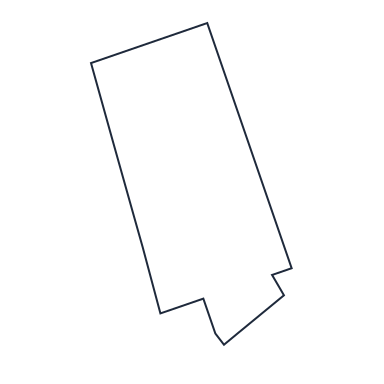 the district of Roxby Downs, South Australia, Australia, rotated 161°
{"feature_id": "25037944B85106510810268", "entity_name": "Roxby Downs", "entity_type": "district", "adm_level": 2, "iso_a3": "AUS", "parent_name": "Australia", "parent_adm1": "South Australia", "projection": "natural_earth1", "projection_center": [136.886, -30.549], "detail": "fine", "context": "isolated", "style": "outline", "palette": "slate", "viewbox_px": 384, "rotation_deg": 161, "n_neighbors": 0, "source": "geoboundaries", "source_scale": "gbopen_adm2", "svg_char_len": 359}
<svg xmlns="http://www.w3.org/2000/svg" viewBox="0 0 384 384"><g transform="rotate(161 192 192)"><path d="M261.4,87.5L216.0,87.5L216.0,50.6L211.5,37.2L194.5,43.6L180.0,49.0L138.7,64.4L140.8,75.1L143.3,87.5L122.6,87.5L122.6,232.6L122.6,346.8L245.5,346.8L250.4,264.4L254.9,186.2L256.6,155.8L261.4,87.5Z" fill="none" stroke="#1e293b" stroke-width="2"/></g></svg>